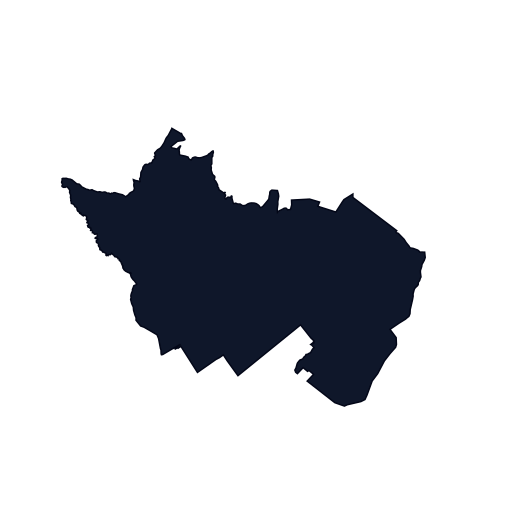 Boldesti-Scaeni, Prahova, Romania (Mercator projection), rotated 232°
{"feature_id": "2599482B90080505354120", "entity_name": "Boldesti-Scaeni", "entity_type": "district", "adm_level": 2, "iso_a3": "ROU", "parent_name": "Romania", "parent_adm1": "Prahova", "projection": "mercator", "projection_center": [26.073, 45.027], "detail": "fine", "context": "isolated", "style": "filled", "palette": "ink", "viewbox_px": 512, "rotation_deg": 232, "n_neighbors": 0, "source": "geoboundaries", "source_scale": "gbopen_adm2", "svg_char_len": 6147}
<svg xmlns="http://www.w3.org/2000/svg" viewBox="0 0 512 512"><g transform="rotate(232 256 256)"><path d="M391.5,271.6L392.7,272.1L396.1,272.1L398.4,272.7L398.6,272.2L408.4,268.3L408.1,267.9L405.0,261.0L404.4,258.4L403.8,257.0L401.9,253.5L400.5,249.6L399.9,247.1L400.3,243.8L399.6,239.6L399.2,239.3L397.1,238.7L396.9,237.0L396.4,236.9L395.3,237.0L395.1,235.8L395.1,233.8L394.2,232.5L393.9,231.4L393.6,231.1L394.7,229.2L394.5,227.8L394.7,227.1L395.8,226.0L396.3,225.1L396.3,224.2L395.6,221.7L394.0,219.8L392.7,216.8L389.2,213.6L388.6,212.1L388.4,211.8L386.0,210.6L386.0,210.1L387.6,209.4L389.6,207.6L391.7,206.4L391.0,206.0L389.1,205.3L387.2,203.4L385.9,202.6L384.2,201.9L382.7,199.8L382.7,198.9L383.2,196.4L383.3,194.7L382.8,193.6L382.9,189.8L386.5,188.5L389.7,185.9L392.8,183.8L393.4,183.0L393.6,181.9L393.8,181.4L394.5,180.8L394.6,179.4L395.0,179.1L396.1,178.9L397.4,177.2L398.4,177.0L399.3,176.5L399.9,175.8L400.8,174.0L402.8,172.5L404.0,170.5L407.5,168.3L409.2,167.6L409.9,166.1L410.4,165.3L411.9,164.5L413.1,163.4L418.2,161.1L419.1,161.3L421.5,160.9L423.2,159.2L429.2,157.9L431.1,156.8L432.0,155.8L434.1,154.3L435.2,152.7L436.1,151.7L436.2,150.6L435.3,150.2L433.9,148.3L433.4,148.0L431.9,147.8L431.4,147.5L430.8,146.3L430.4,146.0L429.6,146.1L428.6,146.6L428.3,147.3L427.7,147.7L427.4,149.1L426.5,149.8L424.2,149.9L422.2,149.6L421.0,148.3L418.0,147.4L416.2,145.7L414.8,145.2L413.8,144.2L412.6,143.8L411.1,142.9L409.3,144.0L408.3,144.1L406.4,143.8L404.7,144.5L403.7,144.2L402.4,143.4L400.8,143.2L400.0,143.7L398.1,143.4L398.0,143.6L398.2,144.1L397.9,144.4L396.7,143.8L393.9,144.6L393.9,145.0L394.2,145.1L394.3,145.4L393.7,145.6L393.0,146.5L391.3,146.8L390.1,145.8L389.4,144.8L388.6,144.8L387.6,145.4L387.1,145.4L386.9,145.1L386.7,143.6L386.4,143.3L385.8,144.0L385.1,143.7L384.0,143.9L383.6,143.3L383.8,142.1L382.4,141.5L381.8,141.6L381.2,142.6L380.5,142.2L379.7,143.0L378.2,141.9L378.1,141.5L377.7,141.6L377.5,142.3L376.8,142.5L375.9,142.2L375.1,141.4L374.2,142.2L372.9,142.1L372.4,142.3L372.1,142.7L371.8,143.9L371.1,144.3L370.8,144.0L369.2,143.2L369.0,142.0L369.4,140.9L369.1,140.2L368.5,140.4L367.3,141.9L366.8,141.9L366.6,141.4L366.3,139.5L365.1,138.7L364.6,138.7L364.2,139.1L363.6,139.3L362.1,139.1L361.2,138.2L360.3,138.0L358.8,138.0L357.1,136.9L355.6,137.7L354.3,137.8L353.5,137.6L353.1,138.1L350.4,139.5L350.1,139.4L349.6,138.7L349.0,138.7L348.9,138.3L348.4,138.4L348.4,138.6L348.6,138.8L348.6,139.3L347.4,139.6L347.9,140.8L346.8,141.8L346.7,143.2L347.1,143.9L346.3,144.2L345.4,144.1L344.3,144.4L342.4,144.3L342.0,144.8L341.5,145.0L341.1,145.8L340.6,145.6L339.4,145.9L338.8,145.6L338.3,146.0L337.5,146.3L337.1,146.1L336.8,145.6L336.6,145.6L334.6,146.1L333.6,145.5L332.7,145.7L331.9,145.1L331.4,145.2L330.7,144.8L330.2,145.2L329.9,145.1L329.6,144.4L328.3,143.7L327.1,143.7L326.5,143.5L324.3,143.9L321.5,145.2L321.1,145.5L320.2,146.8L319.6,146.9L319.9,145.9L319.1,146.0L316.7,144.9L315.8,144.7L313.1,144.6L311.1,144.9L307.3,144.7L307.0,144.3L307.8,141.5L305.6,137.9L304.6,137.2L303.4,135.0L302.2,133.4L301.3,132.6L300.2,132.1L299.0,130.5L294.9,128.7L291.4,127.9L288.6,126.1L284.2,124.3L281.5,123.6L280.4,122.9L279.3,121.9L271.9,122.0L268.7,124.0L254.9,129.5L250.9,128.4L241.8,123.7L240.5,123.3L237.3,121.0L236.4,120.7L235.8,121.8L234.1,134.8L234.0,134.7L233.1,141.4L232.7,141.4L233.4,135.3L232.4,135.1L232.0,137.8L231.3,137.8L231.0,141.2L200.3,138.2L199.1,161.2L198.8,162.3L198.7,163.3L198.4,164.5L198.2,169.4L191.2,168.8L172.8,168.1L174.3,248.7L157.5,248.8L153.0,249.5L152.9,248.2L151.8,248.2L151.8,247.0L152.6,247.0L152.6,244.6L151.4,245.1L148.0,245.3L147.8,243.1L146.4,240.0L146.5,239.6L146.2,239.4L146.8,237.2L146.8,236.1L147.6,234.8L146.9,233.4L146.8,231.3L146.1,229.4L147.0,226.4L146.2,223.0L145.8,222.2L143.1,218.5L142.2,216.4L141.2,216.0L140.0,216.0L139.9,215.7L137.8,216.2L139.0,224.4L133.3,225.6L133.2,227.3L127.3,228.5L125.9,219.3L91.9,227.8L83.3,233.3L82.6,236.3L76.7,249.0L75.8,253.5L78.1,257.9L86.0,270.6L88.4,279.5L94.3,292.6L96.6,301.7L98.1,309.8L99.8,312.2L105.4,316.2L115.7,316.4L115.0,327.3L114.2,334.8L114.3,334.8L114.3,339.3L115.7,341.8L118.8,344.5L125.0,352.2L127.5,355.0L129.4,356.4L132.0,359.8L132.7,361.1L133.0,362.9L133.2,365.2L133.7,366.3L135.0,367.4L135.4,368.0L135.9,369.8L137.3,371.8L137.9,373.1L141.9,375.5L143.3,376.6L145.6,380.0L147.1,381.5L149.0,385.9L150.6,388.4L155.2,391.3L158.3,387.4L159.4,387.5L161.1,387.1L165.3,384.5L167.1,382.8L167.8,382.4L169.5,382.7L174.3,382.6L177.9,383.0L185.9,382.1L186.9,381.8L187.4,381.0L188.0,380.9L189.0,381.0L189.3,382.5L242.5,368.4L245.2,370.5L246.3,360.0L245.5,357.4L241.5,346.0L257.1,335.3L259.4,339.3L267.8,333.3L278.2,318.4L274.3,315.6L271.4,311.8L273.0,309.3L274.9,309.3L275.7,308.6L276.1,307.9L276.4,307.1L276.5,305.9L277.5,301.1L277.2,299.8L279.8,301.5L283.3,305.1L285.4,306.6L289.1,310.7L291.2,311.9L294.4,313.2L297.5,309.8L298.2,308.9L298.2,306.9L297.6,306.0L296.2,304.8L295.1,303.4L293.0,301.2L292.5,299.5L290.9,292.0L291.0,290.2L291.5,289.2L293.7,289.4L295.3,289.1L297.2,288.4L298.8,287.2L300.6,285.1L301.4,283.8L302.1,281.8L302.4,278.8L303.7,276.7L304.5,276.2L306.7,275.5L308.2,273.6L310.0,272.6L310.4,272.1L310.8,270.8L311.2,270.6L311.9,270.7L316.1,272.5L316.7,272.8L317.5,273.6L318.2,273.8L318.5,273.5L318.2,272.8L317.6,272.1L319.2,270.7L319.8,269.7L319.8,269.1L319.3,267.5L319.6,267.2L320.2,267.0L320.7,267.1L321.7,268.0L322.7,269.5L324.4,269.5L324.6,269.8L324.8,270.5L325.0,270.8L325.3,270.7L325.5,269.6L325.9,269.3L330.9,267.7L333.0,268.5L334.6,268.4L334.8,269.0L335.9,269.6L339.7,270.3L341.4,270.1L342.0,270.3L343.5,272.2L344.3,272.5L347.0,272.0L351.4,273.6L353.1,275.2L355.1,276.1L355.8,277.9L360.8,281.8L361.3,283.4L362.6,284.4L363.9,286.2L365.2,286.9L365.3,286.8L365.5,285.4L365.3,283.4L365.5,281.5L365.2,280.3L365.4,278.9L367.1,273.8L368.0,272.1L369.5,270.4L371.2,269.3L371.9,268.2L372.4,266.3L371.8,264.9L371.6,263.8L374.1,262.9L375.7,263.4L378.2,261.8L382.4,258.2L383.4,258.4L385.2,259.7L386.5,260.4L387.3,261.2L388.2,262.5L389.0,264.2L389.2,264.3L389.3,264.2L389.4,263.7L389.0,259.8L389.1,259.4L391.4,257.7L392.7,256.4L394.6,256.3L394.7,264.8L392.2,269.2L391.7,270.3L391.5,271.6Z" fill="#0f172a" stroke="#020617" stroke-width="1.5"/></g></svg>